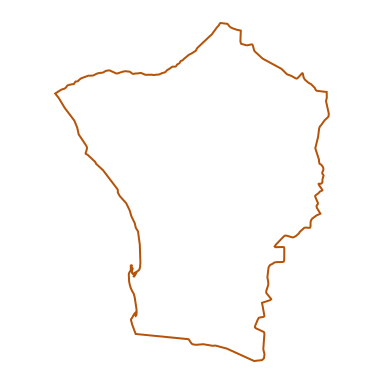 outline of Erongo
{"feature_id": "NAM-3348", "entity_name": "Erongo", "entity_type": "Region", "adm_level": 1, "iso_a3": "NAM", "parent_name": "Namibia", "parent_adm1": "", "projection": "mercator", "projection_center": [15.284, -22.15], "detail": "fine", "context": "isolated", "style": "outline", "palette": "amber", "viewbox_px": 384, "rotation_deg": 0, "n_neighbors": 0, "source": "natural_earth", "source_scale": "10m", "svg_char_len": 4397}
<svg xmlns="http://www.w3.org/2000/svg" viewBox="0 0 384 384"><path d="M135.7,334.0L132.2,324.7L131.0,320.1L131.1,319.1L131.9,318.2L134.2,314.0L135.3,312.8L135.3,315.0L135.7,315.9L136.3,315.4L136.6,313.1L136.5,309.2L134.7,297.3L133.7,293.7L132.1,291.0L130.8,288.1L129.8,284.8L129.1,281.3L128.8,274.6L128.9,273.6L129.3,272.6L130.5,270.7L130.8,269.7L130.8,265.5L131.1,265.3L131.7,265.3L131.9,265.7L131.4,266.5L131.8,267.2L132.3,268.2L132.7,268.6L132.1,270.6L132.0,272.7L132.7,273.8L134.7,272.8L134.5,274.0L133.4,277.1L134.8,275.7L136.9,271.6L138.2,270.7L139.3,269.7L140.0,267.4L140.4,262.7L139.8,244.8L138.0,231.4L135.8,227.8L134.8,223.3L131.4,216.3L129.6,210.2L126.5,203.8L126.0,203.0L119.8,196.1L117.9,192.7L117.8,190.3L117.6,189.4L103.1,170.3L96.0,163.7L95.3,162.0L87.5,154.7L85.7,153.8L85.7,152.8L86.1,151.7L86.3,151.2L86.9,148.7L87.0,148.0L86.7,146.7L86.3,145.8L78.7,134.4L77.3,127.9L74.4,120.7L64.7,107.9L58.8,98.1L55.2,93.5L61.2,89.7L64.5,88.6L65.3,88.1L66.1,87.3L67.2,85.7L67.6,85.4L68.4,85.1L71.7,84.3L72.8,84.2L73.7,84.0L74.2,83.7L74.6,82.9L74.9,82.3L75.3,81.8L75.7,81.5L77.3,81.4L78.0,81.1L79.3,79.7L81.2,78.3L88.3,75.7L92.5,75.6L93.1,75.5L93.8,75.2L96.3,73.9L97.6,73.4L99.7,72.9L102.3,72.7L103.0,72.5L103.7,72.2L104.7,71.5L105.5,71.1L106.5,70.7L108.1,70.5L109.0,70.4L109.8,70.5L115.7,73.2L116.2,73.4L116.8,73.5L117.4,73.4L117.9,73.3L122.7,71.7L125.2,71.2L129.2,71.6L129.7,71.8L130.2,72.0L132.2,73.5L132.7,73.8L133.3,73.9L135.5,73.5L138.1,73.4L139.4,73.1L140.3,73.0L141.1,73.0L141.6,73.2L145.1,74.7L145.8,74.8L151.0,74.7L154.0,75.0L154.6,75.0L156.0,74.7L156.9,74.6L158.8,74.6L159.5,74.3L161.9,73.2L163.6,72.7L164.4,72.5L165.0,72.3L165.6,71.8L166.6,70.7L167.3,70.0L169.4,68.8L171.7,67.1L172.2,66.8L172.6,66.7L174.4,66.7L175.6,66.5L176.0,66.2L176.4,65.8L176.8,65.0L177.3,64.4L178.2,63.9L178.8,63.6L179.4,63.2L179.8,62.7L180.4,61.5L180.6,61.1L181.0,60.9L182.5,60.3L183.1,59.8L184.0,58.8L189.0,54.7L191.1,53.7L195.6,50.9L196.1,50.4L196.6,49.0L197.5,47.8L210.6,35.4L211.4,34.9L216.7,27.7L218.9,25.2L219.5,24.0L220.4,23.0L227.2,23.8L228.0,24.4L228.5,25.1L229.3,26.2L230.7,27.4L232.6,28.3L236.6,29.7L240.8,30.6L240.4,41.3L240.6,42.3L241.2,43.8L246.0,45.2L246.8,45.3L247.8,45.2L251.0,44.5L252.0,44.4L252.4,44.8L252.8,45.4L254.2,50.6L255.1,51.7L262.6,58.6L281.4,68.8L287.0,74.3L291.4,75.9L295.4,78.2L296.5,78.6L297.1,78.5L297.7,78.0L301.8,73.6L302.3,73.2L302.7,73.4L302.9,74.0L303.6,77.3L304.2,78.6L305.2,79.9L307.7,82.1L309.0,83.1L310.6,83.9L311.3,84.4L314.5,87.6L314.9,88.1L315.5,89.5L316.0,90.3L316.7,90.7L317.6,90.9L326.7,92.0L326.8,97.8L326.0,101.1L328.8,113.6L328.5,116.6L324.7,120.2L321.0,125.3L319.8,126.6L319.5,127.5L319.1,128.8L318.1,136.8L315.3,148.2L319.0,159.8L319.1,162.1L319.6,163.8L320.0,164.0L320.8,164.4L321.7,165.2L323.2,167.6L323.4,169.1L323.2,170.4L322.7,171.4L322.3,172.3L322.2,173.2L322.7,174.2L323.4,175.1L323.6,175.6L323.5,176.0L323.2,176.6L322.5,179.4L322.4,182.3L321.7,183.3L320.8,183.8L319.8,183.7L319.0,183.7L318.6,184.0L318.9,184.9L322.0,189.4L322.4,190.3L321.8,190.7L319.9,191.6L318.8,192.9L315.7,195.3L315.1,196.0L315.3,196.9L317.9,203.0L317.9,203.8L317.7,204.3L317.0,205.1L316.7,205.6L316.5,206.4L316.8,207.5L317.3,208.6L320.4,213.7L316.5,215.4L312.1,218.7L311.1,220.3L310.6,221.9L310.5,226.5L310.4,226.9L310.0,227.7L309.0,227.8L307.8,227.8L306.4,227.6L305.2,227.6L304.1,227.9L303.2,228.8L299.9,231.7L298.7,233.6L295.9,236.0L294.5,236.8L293.3,237.3L292.1,237.3L286.4,235.6L285.0,235.6L283.7,236.5L276.3,244.2L274.6,246.4L275.0,246.9L275.4,247.2L282.4,247.0L283.3,247.1L284.0,247.3L284.2,248.2L284.3,249.0L284.2,259.6L284.0,260.8L283.6,261.7L282.6,262.0L276.9,262.1L275.8,262.2L274.2,262.6L272.7,263.7L270.1,265.0L269.1,266.4L268.5,267.8L267.4,277.1L267.4,277.6L267.5,278.0L267.7,278.9L268.1,281.0L268.3,283.2L268.3,284.3L268.1,285.4L266.4,290.5L266.2,291.5L266.2,292.4L266.6,293.4L270.9,298.6L271.2,299.3L270.6,299.8L269.7,300.3L262.0,302.8L264.3,315.3L264.3,315.8L264.2,316.4L263.7,316.7L262.9,317.0L259.8,317.5L258.9,317.8L258.3,318.6L257.8,319.5L255.3,325.5L255.0,326.5L255.0,327.4L255.5,328.0L256.2,328.4L263.4,331.8L264.1,332.3L264.3,333.1L264.4,334.1L263.3,348.9L263.4,349.7L264.4,353.8L264.5,354.4L263.9,358.4L262.0,360.1L254.1,361.0L226.8,348.6L216.0,345.7L214.7,345.6L212.7,345.8L203.2,344.2L196.4,344.8L194.3,344.6L193.2,344.4L192.4,344.1L192.0,343.9L191.6,343.5L191.0,342.8L188.6,339.2L135.7,334.0Z" fill="none" stroke="#b45309" stroke-width="2"/></svg>